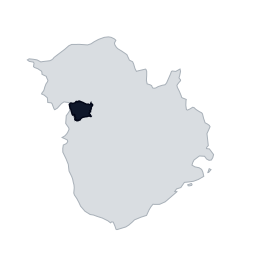 Thala Barivat, Stœng Trêng, Cambodia (highlighted), rotated 255°
{"feature_id": "14789045B9277653142269", "entity_name": "Thala Barivat", "entity_type": "district", "adm_level": 2, "iso_a3": "KHM", "parent_name": "Cambodia", "parent_adm1": "Stœng Trêng", "projection": "albers", "projection_center": [105.709, 13.631], "detail": "fine", "context": "in_parent", "style": "filled", "palette": "ink", "viewbox_px": 256, "rotation_deg": 255, "n_neighbors": 0, "source": "geoboundaries", "source_scale": "gbopen_adm2", "svg_char_len": 5842}
<svg xmlns="http://www.w3.org/2000/svg" viewBox="0 0 256 256"><g transform="rotate(255 128 128)"><path d="M219.8,48.4L220.4,50.4L218.9,54.3L217.3,57.8L214.4,60.9L214.2,63.1L213.2,69.9L213.6,72.0L214.4,73.8L215.3,74.8L218.0,81.4L220.4,87.3L222.8,92.2L223.3,95.3L221.2,103.2L218.7,110.5L218.9,114.1L220.1,117.7L221.2,122.5L221.7,128.6L221.1,132.6L220.0,135.1L217.8,137.7L215.9,139.0L213.6,136.9L211.8,136.8L209.4,137.5L207.4,138.5L203.5,142.2L199.2,145.9L193.2,146.9L190.8,149.6L188.3,150.0L183.6,150.1L180.5,150.8L180.6,152.1L180.4,158.6L180.4,160.1L180.0,160.5L177.8,160.7L174.1,159.7L169.2,158.1L165.7,157.9L163.9,160.7L162.8,161.8L161.5,161.9L160.1,162.4L159.6,163.7L159.5,165.2L160.2,167.9L160.4,172.2L160.2,175.0L161.5,176.9L169.1,183.0L171.4,184.6L171.6,185.5L170.3,188.8L171.5,193.5L169.1,193.4L165.1,191.4L163.2,190.2L160.9,191.2L160.1,191.0L158.6,188.7L156.6,186.3L154.5,186.2L150.1,187.1L145.5,187.7L143.8,187.7L143.1,188.2L140.5,191.7L139.4,191.1L134.9,189.7L130.7,189.2L129.9,190.1L130.4,193.0L131.3,195.8L130.7,197.0L128.4,198.4L125.4,201.1L123.6,203.1L122.3,203.6L117.7,203.5L113.1,203.8L111.3,205.7L109.5,207.2L108.0,207.6L102.1,202.8L90.2,201.0L88.9,198.9L87.8,198.5L86.7,201.2L80.2,203.8L77.4,202.2L75.5,200.2L75.8,197.9L77.7,195.9L80.9,194.6L82.5,189.7L80.0,183.5L77.9,181.6L75.6,180.2L73.2,182.5L71.2,186.4L69.0,188.4L66.1,188.9L61.7,188.7L60.1,182.7L59.6,177.6L60.3,171.8L60.9,168.4L56.8,163.6L56.6,159.1L54.6,156.7L54.0,157.9L54.1,159.2L53.5,158.2L47.1,144.9L46.1,138.8L47.3,134.0L47.9,132.4L46.1,129.9L43.4,127.1L38.8,123.3L38.5,117.4L37.6,110.5L36.2,108.1L34.1,103.8L33.0,100.3L32.7,91.0L33.3,90.2L36.7,90.0L40.9,89.4L41.6,87.9L40.9,86.6L43.6,84.5L47.6,80.0L50.7,75.2L52.9,72.1L54.2,69.1L58.7,64.9L64.7,62.0L68.8,61.3L73.1,60.3L77.2,58.9L79.2,58.8L84.2,60.6L87.0,61.1L89.9,61.1L92.8,61.3L95.5,61.1L101.7,59.9L108.3,60.9L114.2,60.2L121.5,58.8L125.1,59.7L128.3,61.1L128.8,64.0L129.5,65.3L130.6,66.3L132.1,66.3L133.9,64.3L135.5,62.3L136.0,61.9L136.1,62.9L136.8,65.1L138.2,67.3L139.6,68.8L142.0,70.7L143.5,70.8L148.5,69.0L156.0,71.6L156.9,72.9L159.3,75.6L161.9,77.5L167.8,77.7L169.8,72.9L168.8,70.0L165.5,65.0L164.6,62.0L165.6,61.5L171.3,60.9L172.2,60.3L173.4,57.1L175.0,57.4L178.1,57.9L181.4,55.6L183.3,53.3L184.4,54.3L185.6,56.0L186.8,56.9L189.2,58.3L191.9,60.3L193.5,62.2L194.8,63.0L198.1,62.4L199.0,62.5L201.0,60.1L202.3,58.8L203.5,59.2L205.2,59.2L208.7,56.1L210.6,53.4L211.7,52.6L214.9,54.0L216.1,53.7L217.9,49.9L219.8,48.4ZM58.0,174.9L57.3,175.2L56.7,175.2L56.1,174.6L56.2,172.5L56.6,171.2L57.7,171.0L58.0,174.9ZM67.7,195.9L66.3,197.4L64.2,194.4L64.3,193.6L67.7,195.9Z" fill="#d9dde1" stroke="#a8b0b8" stroke-width="1"/><path d="M148.8,95.4L148.9,95.2L149.0,95.2L149.9,95.1L150.2,95.0L150.3,95.0L150.5,95.0L150.6,94.9L150.9,94.9L151.0,94.8L151.3,94.6L151.5,94.4L151.8,94.2L152.0,94.2L152.2,94.3L152.3,94.3L152.5,94.5L152.8,94.7L152.9,94.8L153.0,94.9L153.0,95.0L153.1,95.3L153.3,95.4L153.3,95.5L153.5,95.7L153.5,95.8L153.5,96.0L153.8,96.0L154.0,96.1L154.3,96.2L154.5,96.3L154.6,96.2L154.6,96.3L154.8,96.3L155.0,96.4L155.0,96.5L155.3,96.6L155.4,96.8L155.5,96.9L155.6,97.0L155.8,97.2L155.9,97.3L156.0,97.2L156.1,97.3L156.3,97.4L156.5,97.4L156.6,97.5L156.9,97.6L157.1,97.7L157.4,97.8L157.6,98.0L158.0,98.3L158.2,98.6L158.3,98.8L158.6,98.9L158.7,99.0L158.8,99.3L158.9,99.5L159.1,99.6L159.4,99.6L159.5,99.8L159.8,99.8L160.3,99.5L160.4,99.4L160.5,99.3L160.8,99.2L161.0,98.8L161.1,98.7L161.3,98.6L161.6,98.7L161.8,98.7L161.5,98.4L161.2,98.3L160.9,98.2L160.7,98.1L160.5,97.8L160.4,97.5L160.4,97.3L160.4,97.0L160.5,96.8L160.6,96.7L161.0,96.2L161.3,95.9L161.4,95.6L161.5,94.5L161.7,94.1L162.4,93.2L162.6,93.0L162.8,92.7L163.0,92.3L163.2,92.2L163.3,92.1L163.6,91.9L163.7,91.7L164.1,91.3L164.4,91.0L164.4,90.9L164.5,90.7L165.2,89.9L165.3,89.7L165.7,89.1L165.8,89.0L165.8,88.8L165.9,88.6L166.2,88.1L166.3,88.0L166.3,87.8L166.5,88.1L166.7,87.8L166.7,87.6L166.7,87.3L166.7,87.0L166.6,86.4L166.4,86.0L166.4,85.8L166.5,85.6L166.9,85.3L167.0,85.1L167.0,84.8L167.0,84.7L166.8,84.4L166.5,84.1L166.3,83.8L166.2,83.6L166.0,83.0L165.9,82.7L165.9,82.4L165.9,82.1L166.0,81.7L166.0,81.1L166.1,80.7L166.5,80.2L166.7,79.8L166.8,79.5L166.9,79.3L166.9,79.0L166.9,78.8L166.7,78.5L166.5,78.3L166.2,77.9L166.0,77.5L165.9,77.5L165.8,77.4L165.7,77.4L165.2,77.3L165.0,77.5L164.9,77.6L164.4,77.5L164.1,77.3L163.9,77.2L163.4,77.2L162.5,77.3L162.3,77.3L162.1,77.3L161.7,77.1L161.5,77.3L161.2,77.5L160.9,77.6L160.7,77.7L160.4,77.7L160.0,77.6L159.2,77.6L158.7,77.6L158.0,77.6L157.2,77.7L156.6,77.6L156.3,77.6L156.2,77.7L155.5,77.7L155.1,77.8L154.9,77.9L154.9,78.0L154.7,78.1L154.6,78.4L154.6,78.5L154.7,78.9L154.8,78.9L154.8,79.0L155.0,79.0L155.1,79.3L155.1,79.5L154.9,79.7L154.7,79.7L154.5,79.8L154.4,79.9L154.2,79.7L154.0,79.8L153.8,79.8L153.7,79.6L153.3,79.4L153.2,79.5L153.1,79.4L153.0,79.5L152.8,79.6L152.6,79.5L152.4,79.6L152.2,79.6L152.1,79.8L152.1,79.7L152.0,79.8L152.0,80.0L151.9,80.1L151.7,80.1L151.6,79.9L151.4,79.8L151.4,79.7L151.2,79.5L151.1,79.4L151.0,79.2L150.8,79.2L150.7,79.1L150.4,79.0L150.3,78.9L150.2,78.9L150.2,79.0L149.9,79.2L149.8,79.3L149.7,79.4L149.6,79.5L149.4,79.5L149.3,79.8L149.2,79.7L149.2,79.8L149.1,79.7L149.0,79.8L148.8,79.9L148.6,80.1L148.4,80.2L148.3,80.4L148.3,80.5L148.2,80.7L148.2,80.8L148.1,81.0L148.1,81.4L148.1,81.5L148.3,81.6L148.3,81.8L148.4,82.0L148.2,82.2L148.3,82.3L148.4,82.5L148.3,82.8L148.2,82.8L148.2,83.0L148.2,83.5L148.3,83.5L148.5,83.7L148.5,83.8L148.6,84.1L148.8,84.2L148.9,84.3L149.0,84.3L149.2,84.9L149.7,85.6L149.9,86.2L149.9,86.7L150.0,86.9L150.1,87.0L150.1,87.3L150.1,87.6L150.0,87.9L150.0,88.0L149.9,88.2L149.9,88.3L150.0,88.6L150.0,88.8L149.9,89.8L149.8,90.3L149.7,91.0L149.7,91.3L149.6,91.7L149.7,92.5L149.7,93.2L149.7,93.4L149.7,93.7L149.7,93.8L149.3,94.1L149.1,94.5L148.9,94.7L148.9,94.9L148.8,95.1L148.7,95.2L148.7,95.3L148.8,95.4Z" fill="#0f172a" stroke="#020617" stroke-width="1.5"/></g></svg>